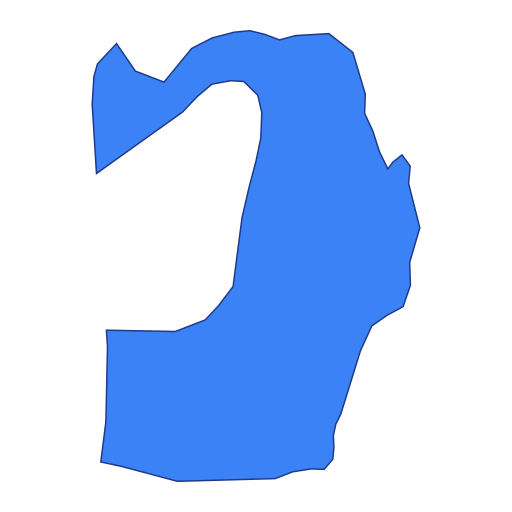 map outline of Bujumbura Rural (Natural Earth projection)
{"feature_id": "BDI-4854", "entity_name": "Bujumbura Rural", "entity_type": "Province", "adm_level": 1, "iso_a3": "BDI", "parent_name": "Burundi", "parent_adm1": "", "projection": "natural_earth1", "projection_center": [29.411, -3.493], "detail": "fine", "context": "isolated", "style": "filled", "palette": "blue", "viewbox_px": 512, "rotation_deg": 0, "n_neighbors": 0, "source": "natural_earth", "source_scale": "10m", "svg_char_len": 887}
<svg xmlns="http://www.w3.org/2000/svg" viewBox="0 0 512 512"><path d="M96.5,173.5L92.2,104.5L93.9,76.6L97.5,63.9L116.5,43.6L135.4,71.1L164.0,82.1L191.7,48.4L212.2,37.9L234.1,32.2L249.7,30.7L264.6,34.3L279.4,39.9L295.4,35.6L328.9,33.6L352.9,52.5L365.3,94.2L364.6,113.3L372.9,131.2L379.5,151.8L387.8,168.9L393.0,162.0L402.0,154.9L410.2,166.1L408.6,183.5L419.8,227.8L409.7,262.3L410.4,285.4L403.1,306.6L387.0,315.3L371.8,325.9L360.4,350.9L340.8,414.1L335.8,424.2L333.4,435.4L333.9,447.4L332.8,459.2L324.2,469.3L311.2,468.9L292.7,471.8L275.1,478.6L177.4,481.3L121.2,466.3L100.8,462.0L105.9,421.7L107.5,346.8L106.4,330.2L175.3,331.5L205.2,319.9L218.2,306.1L233.1,286.5L237.1,255.3L242.1,217.2L249.1,187.2L256.1,160.7L260.8,138.0L261.8,112.6L257.8,95.3L243.8,81.5L230.7,80.7L211.8,84.2L196.9,96.9L182.5,112.1L141.8,141.1L96.5,173.5Z" fill="#3b82f6" stroke="#1e3a8a" stroke-width="1.5"/></svg>